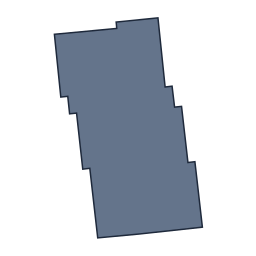 outline of Nance, Nebraska, United States of America, rotated 84°
{"feature_id": "52423323B96029767188282", "entity_name": "Nance", "entity_type": "district", "adm_level": 2, "iso_a3": "USA", "parent_name": "United States of America", "parent_adm1": "Nebraska", "projection": "albers", "projection_center": [-98.037, 41.395], "detail": "fine", "context": "isolated", "style": "filled", "palette": "slate", "viewbox_px": 256, "rotation_deg": 84, "n_neighbors": 0, "source": "geoboundaries", "source_scale": "gbopen_adm2", "svg_char_len": 414}
<svg xmlns="http://www.w3.org/2000/svg" viewBox="0 0 256 256"><g transform="rotate(84 128 128)"><path d="M21.6,86.7L21.4,128.7L23.2,128.7L27.8,128.8L27.1,191.4L90.2,191.6L90.2,184.6L107.8,184.6L107.8,177.6L164.2,177.3L164.1,170.2L234.1,169.6L234.6,128.2L234.4,64.4L188.7,64.8L168.5,65.0L168.6,72.0L112.1,72.5L112.1,79.5L91.0,79.8L91.1,86.8L21.6,86.7Z" fill="#64748b" stroke="#1e293b" stroke-width="1.5"/></g></svg>